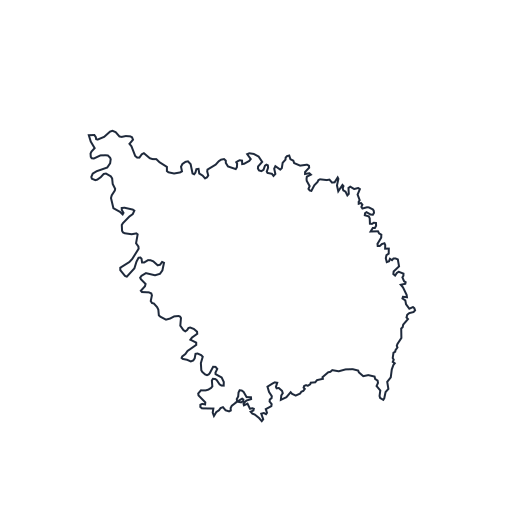 the district of São Joaquim, Santa Catarina, Brazil, rotated 60°
{"feature_id": "56859067B96100556004213", "entity_name": "São Joaquim", "entity_type": "district", "adm_level": 2, "iso_a3": "BRA", "parent_name": "Brazil", "parent_adm1": "Santa Catarina", "projection": "natural_earth1", "projection_center": [-50.031, -28.293], "detail": "fine", "context": "isolated", "style": "outline", "palette": "slate", "viewbox_px": 512, "rotation_deg": 60, "n_neighbors": 0, "source": "geoboundaries", "source_scale": "gbopen_adm2", "svg_char_len": 6137}
<svg xmlns="http://www.w3.org/2000/svg" viewBox="0 0 512 512"><g transform="rotate(60 256 256)"><path d="M372.7,345.1L370.3,344.2L368.8,341.7L365.5,339.4L364.1,337.3L365.4,335.6L367.5,334.7L373.5,334.7L375.8,331.0L377.5,331.8L376.4,336.5L376.9,338.7L377.7,340.7L379.3,341.1L379.6,337.2L385.3,337.6L386.0,335.3L387.2,334.3L388.5,335.5L388.2,338.5L390.7,338.0L392.6,336.4L397.7,334.4L401.9,333.6L401.0,331.4L395.2,330.3L395.9,327.7L398.0,326.4L397.3,324.9L393.5,324.1L393.7,317.8L392.1,316.5L388.8,317.0L387.2,315.8L386.9,313.6L385.3,312.4L380.3,312.7L374.9,311.4L374.7,305.3L374.8,303.0L376.4,301.0L379.3,304.2L380.9,304.3L381.7,302.3L385.8,300.9L388.2,301.4L389.4,303.8L393.0,306.4L393.5,300.3L391.3,294.1L393.4,293.7L396.7,291.4L397.2,286.6L396.2,284.6L396.5,282.5L395.5,280.2L393.8,280.6L392.6,279.2L392.9,277.2L394.3,276.0L394.2,273.2L393.1,271.9L395.0,267.9L394.0,265.2L395.8,259.5L394.2,259.0L392.8,251.6L393.5,249.6L393.0,247.0L397.2,242.0L399.0,235.1L402.4,228.8L406.3,224.8L408.2,225.1L413.7,223.2L415.3,218.3L419.7,213.6L422.1,214.3L424.7,213.0L426.9,213.8L428.9,216.6L434.6,215.6L439.0,219.0L441.0,219.5L444.2,217.7L443.4,216.1L438.6,211.8L437.3,207.8L430.6,205.3L428.5,200.0L422.1,195.1L419.0,191.4L418.3,189.5L416.1,190.5L414.7,188.6L412.7,188.6L408.5,185.3L408.5,183.3L407.3,182.3L405.9,179.2L404.2,179.0L402.9,177.5L399.7,171.1L391.4,166.5L391.0,164.6L389.0,162.8L386.6,155.9L384.5,156.4L382.5,154.4L382.1,151.8L383.3,147.6L382.6,145.4L380.3,145.0L378.7,145.6L378.3,149.6L372.8,150.2L369.1,148.9L366.0,150.4L364.8,149.1L367.2,145.9L365.0,145.0L356.7,144.4L353.3,145.0L354.7,140.6L353.5,139.5L351.9,140.4L347.7,139.9L346.8,138.2L345.0,137.1L341.0,140.3L341.1,142.5L342.5,145.3L340.3,146.1L338.2,144.5L336.5,137.3L329.9,134.9L327.9,136.4L326.9,138.2L327.6,140.3L325.4,141.4L327.1,143.4L326.7,145.8L322.8,144.7L320.5,142.6L320.3,139.9L316.0,137.3L314.2,140.5L311.1,138.6L309.2,138.4L308.6,141.0L309.2,143.8L308.2,145.6L306.2,144.7L302.7,138.4L300.2,136.8L298.0,138.1L295.6,138.0L292.1,144.5L290.1,140.8L291.2,139.1L289.9,136.9L287.4,135.6L286.1,137.4L286.2,139.5L285.0,141.2L280.3,138.7L278.1,138.5L275.1,141.4L273.5,140.2L273.3,138.4L277.4,136.0L278.7,134.2L277.6,132.2L275.6,131.4L274.1,131.5L270.3,134.0L269.3,135.5L268.1,140.1L266.2,140.2L264.7,138.2L262.6,138.6L262.1,140.9L260.4,140.0L259.5,138.3L253.6,137.3L250.0,132.6L248.2,133.5L247.1,137.5L243.1,139.7L243.3,141.9L248.6,144.6L249.2,146.6L245.0,146.3L242.8,147.6L240.6,147.0L239.2,145.3L237.7,145.6L241.1,152.4L235.4,150.6L230.4,146.1L228.8,146.0L231.5,151.1L230.4,153.5L226.6,154.2L225.6,156.8L221.6,162.2L221.5,164.0L222.7,165.8L223.9,170.1L227.3,175.5L226.1,176.7L224.1,177.0L222.3,174.6L216.3,174.5L214.5,173.7L212.7,172.3L213.0,167.8L211.0,168.4L209.5,172.5L207.8,171.5L206.1,165.8L204.3,165.0L202.4,166.2L199.8,172.6L194.6,176.5L192.1,176.0L189.4,177.8L185.6,177.0L185.0,179.2L185.6,181.1L187.3,182.3L188.6,186.3L192.8,189.7L193.3,191.8L187.9,194.3L189.5,196.6L194.6,198.2L195.4,200.8L192.8,201.1L189.8,204.5L188.3,204.5L185.6,201.4L183.4,200.4L182.1,201.3L182.3,203.1L185.1,206.4L185.2,208.9L183.4,210.6L181.2,210.6L179.5,209.4L177.6,203.6L171.2,204.0L166.5,206.9L163.7,210.4L163.4,212.7L169.4,212.1L170.3,214.3L170.2,220.2L169.5,222.0L166.4,220.4L164.9,222.3L164.8,224.3L164.9,226.2L166.7,226.2L169.6,228.2L170.6,230.1L164.4,235.5L160.3,235.6L158.3,234.5L156.1,235.2L155.1,238.1L155.3,240.9L156.7,245.2L156.9,254.8L158.4,256.0L162.4,257.1L163.4,259.2L163.3,261.3L159.7,262.0L156.2,263.9L151.8,262.2L151.0,264.2L153.5,266.8L154.3,268.7L152.8,269.7L143.8,266.7L140.0,267.6L139.2,270.0L139.5,273.7L141.2,276.3L145.7,277.8L145.7,279.9L143.6,285.7L139.7,290.0L137.9,290.7L134.3,288.6L126.5,292.7L122.3,293.9L120.3,297.2L118.2,299.1L110.9,301.7L110.8,304.1L112.5,307.8L111.4,309.7L109.0,310.6L98.7,309.0L95.6,309.5L93.8,304.4L91.2,304.0L89.5,305.1L87.0,308.8L85.7,312.8L84.2,314.5L78.6,315.6L75.8,317.7L75.3,320.2L76.9,327.9L76.0,334.9L74.9,336.0L73.0,335.3L70.4,335.5L67.8,340.4L74.3,341.9L81.9,341.8L83.3,346.3L84.6,348.1L87.5,349.5L89.2,349.4L90.5,347.7L91.1,340.4L93.6,335.8L94.9,334.0L98.0,333.2L99.6,333.5L102.8,336.0L105.0,340.6L102.9,351.6L103.0,356.2L105.2,359.1L107.0,359.5L110.0,357.2L110.5,355.3L110.1,351.0L108.8,346.9L109.6,344.7L114.4,341.9L116.9,341.8L122.0,344.1L127.4,344.4L128.7,345.5L131.3,350.6L133.3,352.6L143.3,355.6L149.8,351.7L153.3,350.7L152.4,349.2L149.0,349.2L147.3,348.3L148.4,345.8L154.2,339.5L155.9,338.7L158.1,341.8L158.5,345.9L161.0,354.8L162.0,356.7L167.2,359.4L169.1,359.4L170.6,358.4L175.0,352.8L176.6,348.3L178.1,347.7L185.0,353.5L189.0,353.1L191.0,354.0L196.7,364.7L197.9,368.7L198.3,379.4L200.4,380.6L207.8,379.4L209.3,378.2L205.9,367.5L201.1,362.3L198.8,358.6L199.5,356.9L201.1,356.5L204.6,357.9L205.7,356.0L205.6,351.6L206.8,349.6L209.3,347.6L214.9,345.8L215.6,343.4L214.2,340.3L215.9,339.1L221.7,344.3L223.4,348.1L222.2,353.1L215.8,359.9L215.9,365.1L216.9,367.2L218.5,367.3L225.0,365.6L226.7,367.3L228.5,373.1L230.2,372.8L233.9,367.0L236.0,365.4L238.0,365.8L242.4,369.7L244.7,369.6L246.1,368.2L250.9,367.2L253.6,367.4L258.8,369.8L260.7,369.2L266.1,365.8L267.2,361.7L267.4,357.0L269.3,353.0L270.6,352.0L272.2,352.0L278.5,356.4L283.9,355.9L285.9,354.9L285.7,352.7L284.6,350.5L285.0,348.8L288.1,346.3L292.1,344.9L294.0,345.8L294.6,352.2L295.7,354.7L301.1,351.1L303.1,352.2L304.0,362.8L305.6,366.2L306.1,370.1L307.1,371.4L308.5,370.9L311.4,367.6L314.7,365.2L315.1,362.6L314.0,360.3L310.5,357.3L311.2,355.4L314.5,353.0L316.6,352.5L321.2,357.3L327.6,360.5L329.5,360.5L333.1,359.3L334.7,358.0L334.9,356.2L334.4,354.7L330.5,348.5L331.8,346.5L334.4,346.0L336.7,349.4L338.1,350.1L344.0,346.5L349.0,346.9L352.1,348.8L350.9,350.7L349.0,351.7L343.7,352.1L342.2,352.8L340.8,354.7L341.8,356.5L347.1,359.0L347.8,360.8L347.9,364.1L347.2,366.9L344.8,370.9L346.2,374.8L348.0,375.5L357.4,373.1L359.1,374.3L357.2,376.5L357.0,378.5L358.9,379.7L360.9,379.0L366.8,369.2L370.0,371.8L373.5,372.4L371.3,368.4L371.1,365.2L370.0,362.7L370.4,360.2L374.4,359.5L377.1,357.0L377.2,355.1L375.0,354.0L373.6,351.9L372.7,345.1ZM372.7,345.1L375.3,342.1L375.4,339.7L374.0,338.7L372.6,339.3L372.7,345.1Z" fill="none" stroke="#1e293b" stroke-width="2"/></g></svg>